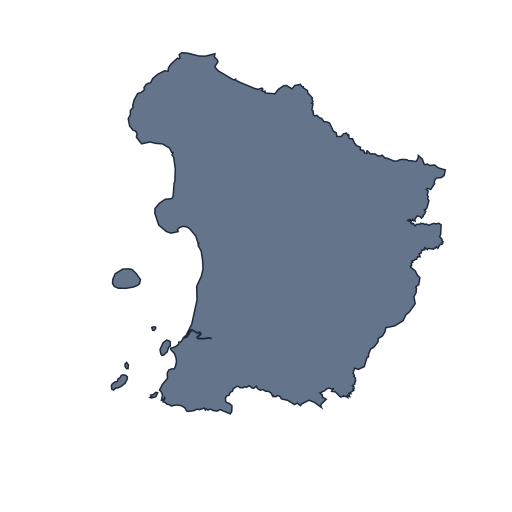 the district of South Santo, Sanma, Vanuatu, rotated 111°
{"feature_id": "77236927B84597259035429", "entity_name": "South Santo", "entity_type": "district", "adm_level": 2, "iso_a3": "VUT", "parent_name": "Vanuatu", "parent_adm1": "Sanma", "projection": "natural_earth1", "projection_center": [166.9, -15.558], "detail": "fine", "context": "isolated", "style": "filled", "palette": "slate", "viewbox_px": 512, "rotation_deg": 111, "n_neighbors": 0, "source": "geoboundaries", "source_scale": "gbopen_adm2", "svg_char_len": 6103}
<svg xmlns="http://www.w3.org/2000/svg" viewBox="0 0 512 512"><g transform="rotate(111 256 256)"><path d="M412.6,223.4L409.5,223.0L404.4,224.8L403.2,227.8L403.4,231.0L402.0,232.6L399.4,233.6L397.0,233.2L395.7,231.3L392.3,231.2L390.8,229.5L388.3,229.7L384.5,227.1L384.1,225.6L384.7,223.8L383.5,220.7L382.3,220.1L382.0,217.8L379.6,215.8L380.6,212.6L380.4,210.8L377.5,209.0L379.2,207.1L379.8,204.0L378.2,201.7L378.8,198.7L377.9,195.5L378.8,192.2L380.1,191.4L380.2,190.0L381.2,189.8L380.1,186.9L378.8,186.1L378.4,183.5L380.3,181.1L379.4,174.8L380.9,166.8L378.6,164.7L379.8,160.9L377.7,160.3L371.7,154.9L371.7,148.7L374.0,140.6L372.8,141.8L370.9,142.0L364.6,139.1L363.9,143.2L361.7,144.6L361.0,147.3L357.2,143.6L354.6,142.4L353.2,140.4L353.1,137.8L352.3,136.4L355.3,136.9L354.4,133.2L357.4,126.6L355.7,124.1L355.1,124.2L355.2,121.6L354.5,121.3L355.2,119.6L353.4,120.4L354.0,119.2L353.7,118.1L352.9,119.0L351.1,119.0L350.9,120.8L350.4,118.3L349.9,119.1L346.2,116.5L345.5,117.8L344.3,117.0L343.1,117.8L342.7,119.6L340.0,117.9L339.0,118.6L337.4,118.2L334.5,119.3L333.3,121.4L332.2,121.3L330.6,123.4L325.5,123.8L325.2,119.9L320.5,115.3L310.7,116.0L309.9,114.8L307.4,115.7L301.9,115.7L298.9,113.3L292.6,111.3L289.2,112.3L285.4,109.3L280.1,108.4L276.5,109.2L271.4,101.3L263.7,95.5L257.2,95.0L253.3,92.8L243.5,90.3L237.3,94.0L232.9,93.4L228.9,94.5L227.5,95.8L224.4,93.8L217.6,95.2L215.8,98.8L212.8,102.0L210.9,107.9L210.0,108.2L209.2,107.2L207.0,108.4L205.7,107.4L204.8,108.6L203.2,106.6L202.2,106.3L201.6,105.0L198.8,104.9L197.9,102.5L195.6,104.5L193.9,102.9L191.4,103.4L189.7,100.8L189.3,101.5L187.6,101.3L188.6,98.3L187.2,97.9L186.0,92.7L184.9,92.6L184.2,91.2L182.9,90.7L183.6,89.1L179.4,88.3L178.5,86.7L177.4,86.3L176.7,87.2L175.7,86.4L174.9,88.1L173.6,88.4L172.2,91.5L169.6,91.4L160.6,94.3L159.9,97.1L161.3,99.0L162.0,102.0L165.4,105.8L165.1,108.5L166.1,109.5L165.7,111.1L166.6,114.1L167.3,114.1L169.1,117.7L170.7,118.1L170.7,119.1L169.3,120.4L169.4,121.6L170.2,122.1L169.7,123.4L168.7,123.7L168.3,127.1L166.7,125.6L167.9,123.3L165.7,123.0L166.6,121.7L166.1,121.3L166.3,120.0L164.8,120.9L160.8,119.9L160.5,117.2L161.3,115.0L159.1,114.1L157.9,114.6L157.2,113.9L153.5,113.5L152.6,115.4L151.5,114.1L149.8,113.7L142.4,114.4L141.2,116.2L138.7,116.7L138.0,117.9L133.7,118.5L132.8,120.9L131.4,120.1L131.3,116.7L124.4,115.2L123.0,116.2L120.5,116.2L118.4,115.3L116.6,111.4L113.6,109.2L107.8,110.1L108.4,117.4L107.0,121.9L109.3,126.3L108.8,129.0L110.4,131.6L105.9,135.5L104.0,140.5L106.4,139.7L109.8,140.2L110.7,141.3L111.5,145.7L112.5,147.4L112.0,149.8L113.5,154.3L115.2,157.0L116.5,157.7L117.9,161.0L117.7,169.0L118.4,170.5L116.7,174.3L118.4,176.5L118.8,178.8L118.0,181.4L119.6,185.8L118.0,189.8L118.4,190.2L120.5,189.4L120.9,191.7L118.9,193.3L119.5,193.7L119.1,194.7L119.7,196.5L117.1,197.5L116.9,201.8L115.2,204.6L111.9,207.9L112.8,210.4L112.3,211.8L110.1,212.5L109.6,213.4L110.1,213.8L108.8,215.6L110.8,218.2L113.9,219.2L115.4,223.4L112.3,225.2L111.6,228.6L105.6,234.9L105.3,237.0L106.2,240.8L104.1,243.9L104.1,246.7L102.9,249.6L104.2,251.7L103.6,252.9L100.1,254.7L99.6,256.2L93.5,257.3L93.4,258.9L91.4,258.2L89.6,259.9L88.2,260.1L85.2,266.1L83.1,267.3L82.1,272.1L81.0,272.5L81.4,274.1L79.8,276.0L83.0,281.0L87.0,282.2L85.9,288.7L87.0,291.1L92.4,294.9L97.8,296.5L100.5,305.7L100.2,306.5L98.9,306.6L99.9,308.9L99.5,309.9L97.7,309.5L97.1,310.6L99.7,313.9L100.1,317.8L99.6,334.0L99.2,337.6L98.2,338.4L99.4,339.4L99.5,340.9L96.7,357.5L94.2,362.3L88.4,361.1L86.7,362.6L85.0,366.3L81.9,366.8L87.5,374.7L88.8,378.2L89.8,381.3L91.1,392.3L92.7,398.0L95.4,399.9L98.5,398.0L99.5,398.6L99.4,400.2L107.6,404.3L111.8,405.2L114.9,404.3L116.0,407.9L121.7,413.0L127.2,416.0L132.3,416.6L133.5,418.7L135.3,420.1L139.0,420.9L140.8,419.8L141.8,420.2L144.8,422.1L146.6,424.7L154.2,425.7L159.4,425.1L161.5,424.0L165.1,425.5L169.2,423.9L173.5,424.5L179.9,420.6L182.6,416.0L182.5,413.3L184.4,410.8L187.9,410.3L192.3,403.0L187.5,395.8L186.8,390.0L184.9,383.6L186.2,375.4L189.4,371.9L189.1,370.5L191.4,370.8L193.4,368.2L203.5,362.6L215.7,358.4L217.2,358.6L230.0,354.8L232.6,355.2L235.6,361.1L241.4,365.1L247.8,367.3L252.3,365.8L262.0,357.9L265.3,348.5L265.1,343.4L261.1,337.4L259.5,338.8L257.1,337.7L255.0,335.7L253.9,332.8L253.7,330.3L254.6,327.1L259.1,319.2L265.1,314.5L264.8,313.9L266.8,313.9L271.0,309.0L279.6,304.1L287.2,300.8L294.2,299.8L305.5,300.5L318.3,295.3L342.6,291.6L355.1,292.8L357.9,294.4L358.1,293.7L356.0,292.2L349.0,291.0L347.8,289.8L348.6,283.5L347.3,281.4L347.7,279.9L349.1,279.3L352.7,281.6L353.6,280.9L352.1,276.0L349.1,270.5L348.8,268.9L349.0,267.8L349.5,270.5L352.3,275.6L354.0,280.8L352.9,282.1L348.9,280.0L348.0,280.4L349.1,283.7L348.3,286.7L348.5,289.6L356.2,291.3L358.2,293.5L358.4,294.3L363.3,295.4L364.0,297.2L366.3,296.7L369.8,298.9L372.8,302.7L373.7,302.3L376.4,297.0L379.7,294.2L383.0,292.4L387.6,291.7L390.7,291.9L391.6,294.3L393.7,296.6L397.1,296.9L401.9,294.8L409.5,297.4L415.8,298.0L416.8,295.8L419.3,293.4L424.7,292.6L424.0,291.2L420.9,290.5L421.5,290.0L425.4,290.5L425.3,288.2L426.3,286.2L425.8,283.2L426.5,281.4L423.6,277.1L422.5,272.0L423.2,268.1L425.6,265.2L425.4,263.5L422.5,258.4L420.0,256.1L419.9,253.9L416.4,249.6L418.0,248.1L416.7,247.5L417.0,245.5L415.2,243.7L415.6,240.5L414.6,236.5L412.3,234.6L412.6,223.4ZM335.4,373.0L332.7,365.6L328.8,359.2L326.1,356.2L323.6,354.8L319.5,355.4L315.4,361.4L313.0,367.1L313.7,370.4L316.1,375.8L323.1,381.1L329.4,381.3L333.2,380.0L335.2,377.3L335.4,373.0ZM425.7,334.9L421.5,332.5L416.8,332.1L414.9,332.8L414.0,335.2L414.9,338.1L415.9,339.0L418.2,339.3L420.6,340.9L422.8,340.4L424.3,342.7L427.0,344.3L428.8,344.6L432.0,342.9L432.2,340.9L429.4,339.5L428.7,337.7L425.7,334.9ZM372.6,304.9L370.9,303.8L366.9,305.2L366.3,307.0L366.6,309.4L370.5,311.7L377.7,312.1L381.6,309.7L382.5,308.3L381.5,306.6L377.2,304.5L372.6,304.9ZM423.4,299.1L418.9,298.8L419.2,300.7L422.3,302.4L423.6,304.4L424.3,303.2L426.1,304.4L426.0,302.7L423.4,299.1ZM407.1,335.1L403.5,336.0L401.7,338.6L403.7,339.6L406.1,338.6L407.5,336.6L407.1,335.1ZM362.0,324.5L359.7,323.7L358.4,324.2L358.8,326.4L360.1,327.7L362.4,325.9L362.0,324.5Z" fill="#64748b" stroke="#1e293b" stroke-width="1.5"/></g></svg>